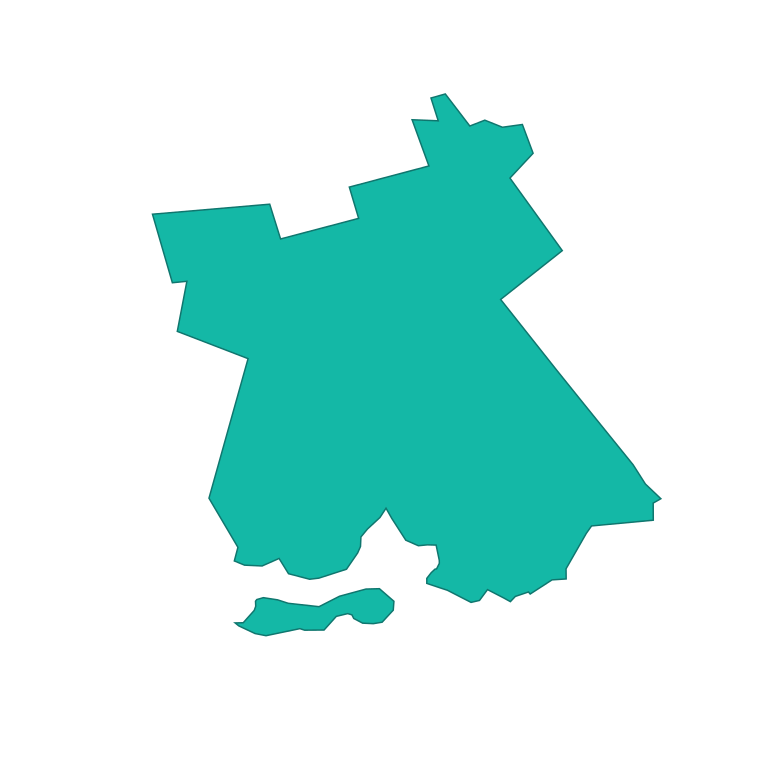 Waldo, Maine, United States of America (Robinson projection), rotated 63°
{"feature_id": "52423323B44726132031324", "entity_name": "Waldo", "entity_type": "district", "adm_level": 2, "iso_a3": "USA", "parent_name": "United States of America", "parent_adm1": "Maine", "projection": "robinson", "projection_center": [-69.016, 44.486], "detail": "fine", "context": "isolated", "style": "filled", "palette": "teal", "viewbox_px": 768, "rotation_deg": 63, "n_neighbors": 0, "source": "geoboundaries", "source_scale": "gbopen_adm2", "svg_char_len": 1431}
<svg xmlns="http://www.w3.org/2000/svg" viewBox="0 0 768 768"><g transform="rotate(63 384 384)"><path d="M627.6,205.9L612.3,198.2L611.9,189.4L591.8,196.5L569.1,198.7L484.2,216.7L450.3,223.8L361.6,241.7L346.1,164.6L301.6,171.5L257.7,178.3L246.1,146.4L215.6,142.9L209.0,161.9L194.7,174.4L193.1,190.4L153.4,197.7L150.5,212.3L174.1,216.2L161.3,239.0L210.1,245.0L192.8,325.5L224.9,331.4L207.8,410.3L171.9,404.2L127.6,513.2L197.7,526.6L203.0,513.0L243.3,544.3L299.7,493.6L406.3,591.8L463.2,588.3L473.7,597.7L482.1,590.5L490.8,575.2L491.8,556.7L498.7,556.1L509.7,555.2L524.2,538.9L527.4,530.2L532.0,501.5L522.6,484.2L518.1,478.7L509.8,474.0L505.7,464.5L501.1,448.2L495.6,438.6L507.2,438.1L525.1,436.3L533.1,435.5L543.7,426.8L547.0,418.4L551.2,410.7L566.2,414.8L568.9,416.1L572.6,421.1L572.1,422.6L573.5,427.5L576.6,434.1L581.1,436.4L592.4,425.3L596.5,421.2L618.1,405.6L620.2,397.2L614.2,385.1L628.8,374.6L635.3,370.2L632.9,363.4L634.9,349.7L637.5,349.1L634.8,323.2L640.4,310.2L631.3,305.7L608.9,271.5L604.7,263.5L627.6,205.9ZM518.3,595.2L519.2,597.1L523.8,599.2L526.8,602.4L532.8,617.8L529.3,625.1L533.6,623.2L547.8,612.2L554.7,603.4L563.8,570.0L567.3,566.5L576.0,549.1L569.4,532.0L572.1,520.6L575.1,517.4L579.2,517.4L587.4,511.6L592.7,502.3L595.4,493.8L589.7,478.4L582.1,473.8L564.3,481.0L558.5,493.2L552.9,520.0L552.9,543.0L535.9,568.9L528.0,576.8L519.6,588.5L518.3,595.2Z" fill="#14b8a6" stroke="#0f766e" stroke-width="1.5"/></g></svg>